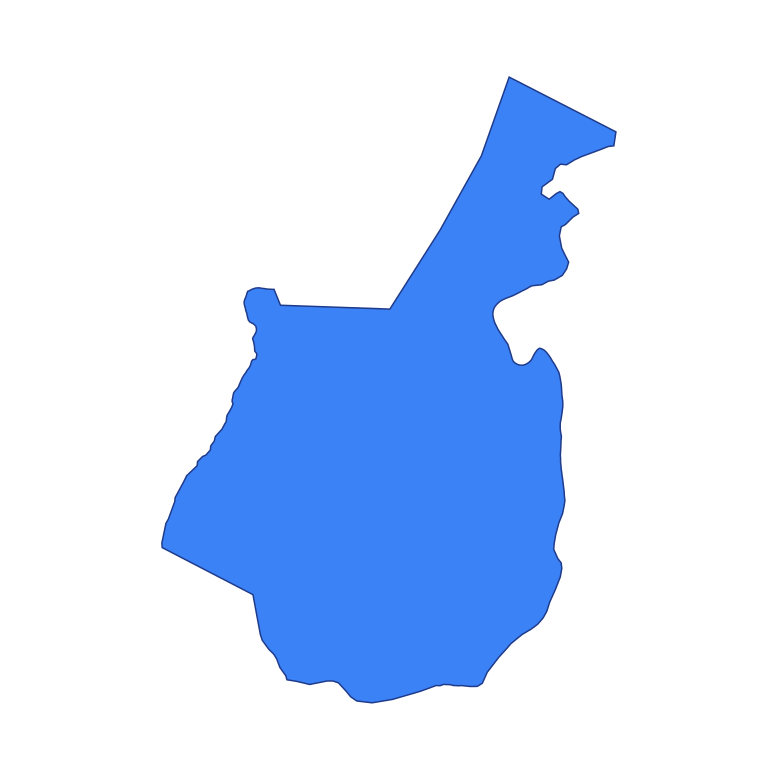 Hope Estate, Vieux Fort, Saint Lucia (Albers equal-area conic projection), rotated 186°
{"feature_id": "8701671B78477528803813", "entity_name": "Hope Estate", "entity_type": "district", "adm_level": 2, "iso_a3": "LCA", "parent_name": "Saint Lucia", "parent_adm1": "Vieux Fort", "projection": "albers", "projection_center": [-60.958, 13.763], "detail": "fine", "context": "isolated", "style": "filled", "palette": "blue", "viewbox_px": 768, "rotation_deg": 186, "n_neighbors": 0, "source": "geoboundaries", "source_scale": "gbopen_adm2", "svg_char_len": 4459}
<svg xmlns="http://www.w3.org/2000/svg" viewBox="0 0 768 768"><g transform="rotate(186 384 384)"><path d="M291.6,702.3L311.0,621.1L344.3,543.0L358.3,514.8L386.0,459.1L495.2,451.5L503.3,466.7L504.1,466.5L506.3,466.4L508.5,466.3L510.5,466.2L512.5,466.4L514.7,466.4L515.3,466.4L516.7,466.5L518.3,466.6L520.1,466.3L520.6,466.2L522.3,465.8L523.7,465.1L525.1,464.5L527.7,462.7L529.1,462.0L529.6,460.8L529.9,459.0L530.5,456.0L530.7,455.4L531.3,453.6L531.7,451.3L531.6,450.0L531.3,448.8L530.7,446.9L529.8,444.9L529.6,444.1L529.2,442.7L528.5,441.2L528.2,440.7L527.8,439.7L527.6,439.0L526.7,436.2L526.0,434.5L525.7,433.6L525.4,433.2L524.0,431.7L522.4,431.0L520.7,430.4L519.5,429.7L519.1,429.4L517.5,428.1L517.1,426.8L516.6,425.4L516.5,423.5L516.6,422.7L516.9,421.7L517.2,421.0L517.3,420.7L518.3,418.1L518.8,417.4L519.4,415.6L519.1,414.7L518.7,413.8L518.4,412.9L517.9,411.8L517.2,409.3L517.0,408.6L516.8,407.9L516.5,406.8L516.5,406.3L516.3,404.9L516.1,404.0L515.9,403.1L514.0,401.2L513.6,400.1L513.6,398.8L513.7,398.4L513.8,397.3L514.1,395.6L514.5,395.3L515.1,394.9L516.7,394.7L517.2,394.1L517.7,393.6L518.1,392.5L518.2,392.0L518.5,390.3L518.6,389.5L518.9,388.4L519.2,387.5L519.8,386.1L520.5,385.0L521.5,383.3L522.2,381.9L522.5,381.2L523.3,379.7L524.3,378.1L525.7,374.9L526.6,372.2L527.3,370.0L528.0,367.7L528.7,365.3L529.5,364.2L531.1,362.0L532.0,360.6L532.5,359.8L532.8,358.1L532.9,356.3L533.0,355.9L533.0,354.6L533.3,352.7L533.3,352.1L533.2,351.0L533.1,350.4L532.8,349.9L532.3,348.9L532.0,348.4L532.4,347.6L532.6,346.5L533.0,345.1L533.6,343.5L534.5,341.5L535.3,339.5L535.7,338.8L536.4,337.3L536.8,336.3L537.0,334.5L537.0,333.6L537.0,331.3L537.1,330.0L537.7,328.6L538.5,327.2L538.7,326.2L539.3,325.0L539.9,323.4L540.3,322.3L543.6,317.8L546.3,314.1L546.8,309.5L548.9,306.0L549.8,304.3L549.8,300.2L551.0,298.5L553.8,294.6L555.3,293.8L556.8,293.0L561.3,287.4L561.3,283.3L561.8,282.6L570.8,272.0L571.2,270.7L572.8,266.3L578.3,252.9L579.8,249.3L579.8,245.2L584.3,227.2L586.3,222.6L588.3,202.6L587.5,198.1L492.3,160.8L480.8,122.0L478.3,116.4L472.9,110.4L470.9,108.2L469.7,107.2L465.3,103.7L462.0,99.4L459.2,93.8L457.9,91.2L452.8,85.4L451.2,83.7L449.6,79.7L439.4,79.1L436.4,78.7L426.4,77.4L424.0,78.2L409.5,82.7L403.7,83.3L398.0,82.0L389.1,74.1L384.6,69.6L384.2,69.3L377.9,65.9L362.4,65.7L361.8,65.9L342.6,71.2L315.5,82.3L300.6,89.6L296.8,89.8L293.2,91.5L286.1,91.9L284.0,91.4L278.3,91.7L275.4,92.2L266.4,92.2L259.7,93.0L257.4,94.7L254.9,96.7L251.2,108.1L241.3,124.2L233.6,134.7L230.7,139.0L224.6,145.2L220.5,149.3L214.1,154.1L212.9,154.9L206.1,161.1L201.3,168.0L198.3,175.1L196.4,184.4L192.1,197.5L188.5,210.6L187.9,219.2L189.1,224.6L192.9,228.6L197.9,237.2L198.1,242.4L197.5,251.9L195.6,264.1L192.9,273.6L192.1,281.9L191.9,287.1L192.7,290.5L192.9,291.5L193.3,294.0L193.7,296.3L194.4,299.2L194.9,301.5L195.5,303.9L196.0,306.4L196.6,308.8L197.4,311.8L197.9,314.2L198.8,317.7L199.6,321.9L200.3,325.2L200.4,326.7L200.8,329.7L201.2,331.8L201.3,335.1L201.5,338.0L201.6,340.6L201.8,343.4L202.0,346.2L202.0,348.8L202.2,350.9L203.4,354.8L204.1,358.1L204.4,361.0L204.6,364.0L204.4,365.9L204.1,369.6L204.0,372.8L203.9,375.2L203.9,376.8L203.8,379.4L204.0,382.4L204.5,385.9L205.2,388.7L205.9,391.7L206.3,394.0L206.8,397.0L207.3,400.0L208.0,403.2L209.4,408.2L210.1,410.5L211.3,413.8L214.1,418.0L216.2,421.1L218.6,424.0L219.7,425.4L220.9,427.1L222.6,429.2L224.3,431.0L226.0,432.7L228.0,434.3L230.3,435.3L231.8,435.7L233.1,435.8L234.1,435.0L235.4,433.6L236.3,432.0L237.5,429.8L238.8,426.5L239.8,423.7L241.6,421.2L243.0,419.9L244.8,418.6L245.6,418.1L247.9,417.2L250.7,417.0L252.7,417.3L254.4,417.9L256.3,418.9L257.8,420.1L258.9,421.9L260.0,424.6L260.9,426.9L261.8,429.0L263.4,432.8L264.9,436.3L266.6,438.4L269.0,441.1L271.3,444.0L274.3,447.7L276.8,450.9L278.3,453.4L280.3,456.6L281.6,459.6L282.6,462.5L283.1,465.2L283.1,467.4L282.6,470.6L281.5,473.1L279.5,475.9L277.2,478.4L275.0,480.0L271.5,482.1L269.0,483.3L265.5,485.1L263.0,486.6L261.0,487.9L258.4,489.6L256.2,491.1L253.9,492.5L251.3,494.2L249.3,495.9L248.3,496.2L247.8,497.0L237.5,499.2L231.3,503.4L225.5,505.2L218.0,510.7L214.4,517.6L213.1,524.5L217.5,531.3L221.5,537.7L225.1,549.7L224.2,558.8L220.2,561.6L213.5,569.8L208.2,574.0L209.5,578.1L218.8,585.0L223.3,589.1L226.0,592.3L229.1,593.7L232.6,591.4L239.1,585.0L247.4,589.3L247.4,596.6L237.9,605.2L236.1,616.2L231.4,621.1L225.4,621.1L218.3,626.6L211.2,630.9L192.8,640.0L185.7,643.7L180.3,644.9L179.7,659.0L291.6,702.3Z" fill="#3b82f6" stroke="#1e3a8a" stroke-width="1.5"/></g></svg>